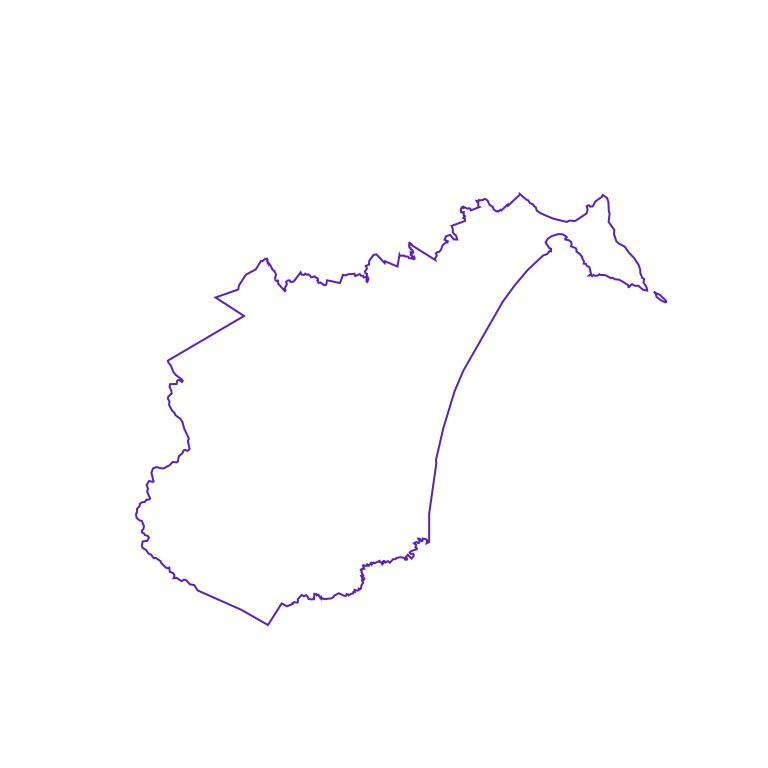 the district of Wairoa District, Hawke's Bay, New Zealand, rotated 302°
{"feature_id": "76426892B8336521277252", "entity_name": "Wairoa District", "entity_type": "district", "adm_level": 2, "iso_a3": "NZL", "parent_name": "New Zealand", "parent_adm1": "Hawke's Bay", "projection": "mercator", "projection_center": [177.459, -38.945], "detail": "fine", "context": "isolated", "style": "outline", "palette": "violet", "viewbox_px": 768, "rotation_deg": 302, "n_neighbors": 0, "source": "geoboundaries", "source_scale": "gbopen_adm2", "svg_char_len": 6167}
<svg xmlns="http://www.w3.org/2000/svg" viewBox="0 0 768 768"><g transform="rotate(302 384 384)"><path d="M110.2,335.4L116.9,382.5L118.1,413.3L143.7,413.5L144.1,419.5L149.0,423.1L149.6,422.4L151.4,423.5L152.6,426.3L153.9,426.4L155.8,424.9L161.5,426.0L161.5,428.5L163.6,429.8L163.4,431.5L161.7,433.9L162.5,435.9L164.4,438.7L169.2,436.1L170.0,438.0L169.2,438.9L170.6,440.1L168.8,443.3L170.0,443.5L168.5,445.1L169.7,445.6L170.0,447.5L174.3,452.9L176.7,454.1L177.8,453.8L182.6,456.5L183.3,462.5L183.9,463.8L186.1,463.7L186.5,465.1L186.0,466.1L188.7,467.3L189.9,468.7L191.5,468.2L192.1,469.5L193.8,468.1L194.6,470.9L195.6,471.8L197.1,471.0L197.3,472.5L198.8,472.8L201.0,471.6L204.4,471.6L205.5,469.6L207.0,468.9L206.8,470.4L208.3,470.6L209.6,468.3L208.6,467.3L209.2,466.2L210.9,467.5L212.4,464.6L213.7,464.3L214.1,462.8L215.5,463.3L216.9,465.1L218.5,462.6L219.4,462.5L220.4,465.7L222.2,465.4L221.9,467.4L225.6,467.8L225.8,468.7L224.9,469.3L227.0,469.6L227.2,471.1L231.6,473.9L230.7,474.7L231.3,476.1L230.1,478.1L232.0,478.4L233.0,477.2L233.8,477.5L234.1,478.3L233.4,479.8L235.9,481.2L235.6,483.6L240.2,484.6L241.6,486.6L243.1,486.8L245.6,489.4L247.3,493.5L246.3,494.8L246.8,496.3L247.8,496.4L249.2,494.2L251.8,494.7L250.6,499.9L253.8,500.3L254.8,499.7L255.4,498.5L254.1,496.5L254.8,495.1L256.6,495.5L261.3,499.3L262.0,499.0L262.3,497.1L264.5,496.7L264.9,493.8L267.2,495.2L267.1,497.0L267.9,497.9L269.5,497.4L271.0,495.1L271.8,496.5L270.7,499.2L271.5,499.7L273.5,498.8L274.7,502.2L274.3,503.5L271.5,504.6L274.0,506.0L298.0,491.0L344.5,470.4L347.1,468.3L378.1,457.7L415.2,447.7L437.5,444.2L516.6,441.1L537.4,442.6L556.7,445.4L577.2,450.8L580.8,453.6L584.5,453.9L585.1,455.3L587.2,454.0L586.9,452.1L589.6,446.0L593.7,445.9L598.3,447.8L603.7,452.6L605.6,456.3L605.7,460.5L605.3,461.3L603.5,460.6L602.6,461.2L603.8,464.1L603.8,467.0L602.2,468.9L599.9,469.7L600.8,474.5L600.1,475.9L598.3,477.0L598.0,481.3L596.6,485.1L595.6,485.5L594.1,488.5L591.9,489.6L592.9,491.5L591.8,493.0L591.8,496.5L587.1,501.2L584.8,500.5L586.1,502.3L585.8,503.4L587.4,503.7L587.5,505.4L589.2,507.8L591.2,508.4L591.1,509.5L593.6,514.1L594.0,520.4L595.3,521.8L595.2,524.5L596.9,527.6L597.3,530.9L597.2,538.6L596.2,540.0L594.9,540.1L600.0,541.3L600.4,545.3L602.1,547.5L601.2,553.6L602.7,557.7L605.3,555.2L607.6,550.3L610.9,548.9L610.8,546.8L614.2,542.3L616.4,541.0L620.1,536.6L623.4,529.2L625.2,522.1L628.0,515.5L627.6,508.2L628.2,505.4L632.9,499.7L636.7,497.7L640.5,488.6L647.9,485.1L650.2,482.7L657.6,477.6L660.0,474.5L660.2,469.3L658.1,469.5L650.8,466.5L645.4,466.9L643.6,464.8L644.1,463.7L643.8,462.5L642.3,461.7L639.8,464.2L636.0,465.4L623.5,459.7L620.9,454.7L618.3,453.2L613.9,439.9L611.8,426.7L611.9,421.8L614.2,419.1L614.5,416.6L615.2,415.9L614.9,411.4L616.2,409.0L615.8,407.3L617.1,398.3L616.2,398.8L601.0,394.7L601.9,393.8L593.2,391.5L593.5,390.5L590.8,389.5L590.9,388.7L590.0,387.9L590.1,384.3L591.7,383.0L591.9,378.5L594.4,374.7L594.6,372.1L594.1,371.0L592.7,370.5L590.4,367.9L590.4,367.0L588.4,366.4L588.2,365.6L587.7,366.3L588.4,367.4L584.4,370.0L584.6,371.1L577.3,365.7L578.3,364.3L578.1,362.9L576.9,362.0L576.5,358.7L575.2,357.9L575.6,357.3L577.2,357.8L574.9,356.3L572.5,356.8L570.5,358.2L572.0,360.5L570.8,360.6L570.6,361.6L569.0,362.4L569.2,363.8L566.9,363.3L567.0,365.0L565.2,366.3L553.9,357.5L552.1,360.0L549.4,361.8L548.4,363.5L548.0,366.7L545.3,369.5L543.6,366.5L545.5,361.1L542.3,358.4L538.4,358.9L538.9,362.6L537.6,362.8L536.9,361.6L532.8,360.2L527.7,361.2L525.0,360.6L524.4,359.5L522.2,358.8L520.8,360.7L517.4,360.8L516.3,361.9L516.4,333.5L517.1,333.5L517.3,329.9L516.3,331.9L515.3,331.5L513.2,333.2L513.4,334.5L512.3,335.5L512.6,336.7L511.1,339.1L510.2,338.8L509.9,336.8L507.6,338.3L508.0,339.5L506.4,340.4L508.1,342.1L506.5,343.6L505.4,342.9L505.9,341.3L504.9,340.7L504.0,338.6L504.8,337.1L503.2,333.5L503.5,332.8L501.2,329.6L501.9,328.6L490.8,333.2L488.6,319.8L486.9,320.5L489.9,308.9L488.0,306.8L480.7,306.2L477.4,308.0L474.5,306.0L473.0,308.3L469.6,308.2L468.0,309.5L468.3,311.2L466.9,311.9L465.1,315.1L461.7,315.8L461.7,314.9L464.5,313.2L465.2,312.0L463.6,310.3L464.7,309.0L463.6,307.2L464.4,305.2L460.3,302.4L461.9,300.6L457.9,295.3L455.8,294.0L454.8,291.3L446.3,293.2L441.8,280.8L437.6,282.3L436.0,281.0L436.5,276.3L435.0,275.0L436.4,272.7L437.0,273.1L438.6,271.6L438.1,269.3L438.6,268.2L435.8,265.7L436.9,263.3L436.8,261.5L435.7,260.5L435.7,258.6L434.0,258.2L433.1,256.1L434.5,254.1L423.3,253.2L421.6,251.7L421.1,250.2L421.9,249.3L421.2,247.8L418.9,246.8L417.0,248.8L412.6,249.1L411.1,250.9L410.2,250.7L412.9,241.4L415.5,239.3L414.5,238.4L414.4,236.9L416.2,235.5L419.6,234.4L420.6,233.0L421.8,231.0L421.8,229.0L424.5,224.7L424.8,223.8L424.3,223.5L425.0,223.2L424.7,222.2L425.4,221.8L424.8,221.3L426.2,220.5L426.4,219.4L427.5,219.5L428.3,218.5L427.3,216.9L424.0,215.9L423.0,214.5L413.3,214.5L403.3,208.9L390.7,208.8L386.9,210.3L368.1,195.3L367.5,229.2L289.3,188.3L287.9,189.8L286.8,193.3L282.5,199.2L281.3,202.6L280.8,209.6L280.1,211.6L278.7,211.6L278.8,208.2L278.1,207.2L276.9,206.9L274.0,208.1L270.6,202.7L268.0,203.6L265.4,207.4L263.4,208.9L259.3,207.8L257.2,208.2L255.4,211.4L252.5,212.7L249.1,218.3L248.5,221.7L247.0,223.8L246.6,229.8L244.9,233.3L240.5,238.0L234.1,247.6L231.7,247.9L225.8,253.6L223.2,253.0L222.6,250.1L221.7,249.3L218.4,249.7L213.9,248.3L209.3,250.2L207.9,250.0L205.8,246.1L201.4,245.2L195.3,241.6L192.8,234.9L190.0,232.9L185.6,233.7L179.3,240.2L178.5,239.9L177.2,236.1L172.6,236.2L170.2,239.3L167.2,240.2L162.9,246.4L161.6,246.0L160.0,243.9L157.4,243.7L154.9,241.1L153.1,240.5L151.0,241.4L147.4,240.7L144.1,242.5L142.2,242.6L139.3,245.2L138.8,248.9L139.5,251.2L136.2,255.8L133.3,256.9L131.4,256.3L129.8,257.5L130.1,259.4L129.2,261.3L130.0,264.2L129.3,266.0L125.6,266.3L122.6,262.8L118.5,264.3L117.1,266.1L117.1,270.5L115.5,273.7L115.8,277.1L114.2,281.0L115.6,282.7L115.3,288.4L114.1,290.1L112.7,296.4L113.1,298.1L114.5,299.2L111.2,301.9L111.9,305.4L111.2,307.0L110.0,308.1L107.8,308.5L109.7,311.0L109.5,316.8L111.9,317.9L112.9,319.8L111.3,325.6L112.9,329.6L110.2,335.4ZM604.1,578.9L605.8,570.5L605.2,567.5L605.3,563.9L604.2,567.0L602.3,568.9L601.7,574.6L602.2,579.0L602.8,579.7L604.1,578.9Z" fill="none" stroke="#5b21b6" stroke-width="2"/></g></svg>